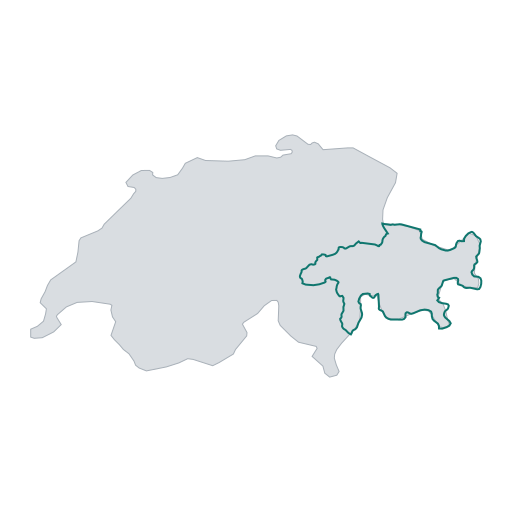 location of Graubünden within Switzerland
{"feature_id": "CHE-170", "entity_name": "Graubünden", "entity_type": "Canton", "adm_level": 1, "iso_a3": "CHE", "parent_name": "Switzerland", "parent_adm1": "", "projection": "robinson", "projection_center": [9.485, 46.618], "detail": "fine", "context": "in_parent", "style": "outline", "palette": "teal", "viewbox_px": 512, "rotation_deg": 0, "n_neighbors": 0, "source": "natural_earth", "source_scale": "10m", "svg_char_len": 6882}
<svg xmlns="http://www.w3.org/2000/svg" viewBox="0 0 512 512"><path d="M387.0,166.2L390.0,167.8L397.1,173.3L395.5,182.7L387.3,197.7L383.0,209.9L382.6,219.3L383.4,223.7L384.8,223.6L392.6,224.3L396.6,224.3L409.0,226.8L419.1,230.5L421.0,234.4L422.3,239.2L434.2,245.7L447.9,249.9L452.5,248.6L469.3,233.3L475.9,235.9L479.9,244.0L479.7,248.3L475.1,264.5L474.4,273.2L478.4,278.9L478.9,283.4L477.7,287.5L471.0,287.8L461.9,285.6L454.2,278.6L448.4,279.5L443.3,281.3L440.8,287.9L438.5,295.8L439.2,300.2L442.9,303.6L445.7,310.8L447.7,320.1L449.3,324.4L447.6,326.3L442.8,327.6L438.8,326.3L431.9,315.2L428.6,310.9L423.1,310.2L413.4,312.9L398.6,319.1L392.6,319.1L387.5,317.8L382.7,312.5L378.7,302.3L377.4,295.9L374.5,296.1L365.0,294.3L360.6,296.8L360.6,307.3L359.7,320.3L354.9,328.7L341.6,343.2L336.7,349.6L334.7,354.1L334.3,358.1L336.3,364.9L339.1,371.5L336.8,375.2L329.7,377.1L324.8,373.2L322.9,366.1L312.1,356.4L317.1,348.4L316.2,346.4L298.5,342.2L290.9,336.1L280.2,325.4L278.2,320.8L278.8,305.8L278.2,302.2L276.8,300.4L271.6,300.5L264.3,305.7L257.6,313.5L243.9,322.2L242.4,324.1L247.0,332.6L246.7,335.9L235.5,349.5L233.4,354.0L219.2,362.5L212.7,365.7L193.1,359.4L187.7,358.7L178.9,362.9L166.4,366.9L146.4,370.9L139.1,368.0L135.6,365.2L134.0,361.1L129.0,353.8L123.4,349.5L119.5,344.8L114.4,339.7L111.0,335.4L115.7,321.7L112.5,316.9L110.9,310.0L111.9,305.3L110.1,304.2L92.1,301.5L77.1,302.4L66.4,306.9L57.5,314.6L56.4,316.2L56.9,317.6L61.2,324.6L53.7,331.9L42.3,337.7L34.2,338.3L30.7,337.1L30.7,329.2L37.4,326.3L43.5,321.2L45.6,313.9L46.4,308.8L40.2,302.7L41.1,298.9L45.1,291.7L47.5,285.4L50.7,279.9L63.3,270.9L75.9,261.9L77.9,252.3L79.1,240.7L80.9,237.9L97.8,230.9L102.0,228.1L104.2,224.2L117.6,211.1L130.9,198.2L133.6,193.8L135.8,191.3L135.8,189.2L134.2,187.5L128.0,186.5L125.9,182.4L132.8,175.0L141.3,170.5L149.5,170.4L152.8,172.5L152.6,174.9L156.1,177.6L162.3,178.4L170.0,177.5L177.7,174.8L182.5,168.2L185.3,163.3L197.3,157.6L205.5,160.5L228.3,161.2L244.8,159.7L255.3,155.9L268.1,155.9L276.8,158.0L278.3,157.7L280.7,157.2L283.0,155.1L291.2,153.7L292.3,152.0L291.9,150.3L290.5,149.4L280.5,150.3L276.7,148.9L275.7,145.8L278.9,140.4L286.3,135.9L292.6,134.9L297.0,136.0L308.0,144.3L310.6,144.5L312.1,143.0L314.4,142.2L318.2,143.8L322.4,148.9L323.1,149.7L347.6,147.9L353.1,147.9L369.7,156.9L387.0,166.2Z" fill="#d9dde1" stroke="#a8b0b8" stroke-width="1"/><path d="M357.0,327.2L356.1,328.4L355.0,329.4L353.8,329.9L352.7,330.6L352.1,331.8L351.6,333.2L350.9,334.4L348.5,333.0L347.7,332.2L345.6,330.0L343.9,329.0L343.3,328.5L342.5,327.4L342.2,326.7L342.0,326.1L342.3,324.5L342.2,323.9L342.2,323.4L341.1,321.6L340.3,319.9L340.2,319.2L340.2,318.7L341.1,317.9L341.5,317.1L341.6,316.5L341.5,315.7L341.4,314.9L341.6,314.0L343.1,311.5L343.5,310.7L343.4,306.9L343.8,305.9L344.1,304.7L344.3,304.2L344.3,303.6L343.8,302.8L343.4,301.9L343.2,300.9L343.4,299.5L343.5,298.5L343.5,297.8L342.3,295.9L340.8,296.1L340.4,296.3L340.1,296.4L339.4,296.1L338.3,294.7L337.3,293.2L337.0,292.6L336.7,291.9L336.1,289.5L336.2,289.2L336.3,288.7L336.5,288.0L336.7,286.5L336.9,285.7L337.2,284.8L337.5,284.1L338.3,282.9L338.5,282.4L338.4,282.0L338.1,281.7L336.8,280.7L335.7,280.2L335.0,279.9L334.5,279.7L331.1,279.4L330.6,278.7L330.3,278.1L330.2,277.4L329.9,277.2L329.4,277.3L328.5,277.9L327.6,278.1L326.8,278.4L326.1,278.7L325.4,279.6L325.2,280.2L325.3,280.8L325.5,281.2L325.6,281.6L325.4,282.0L324.4,282.6L319.3,284.3L313.4,285.2L305.7,284.6L302.4,283.3L302.7,281.6L302.5,280.6L302.0,279.1L301.7,278.7L301.3,278.4L300.9,278.3L300.5,278.0L300.2,277.6L300.0,277.1L299.9,276.4L300.0,275.7L300.7,273.8L301.4,272.4L301.6,271.7L301.6,271.2L301.6,270.9L301.6,270.5L301.9,270.0L302.6,269.5L304.2,268.9L305.2,268.7L306.2,268.2L308.6,265.6L309.5,264.7L311.3,264.2L312.8,264.6L313.2,264.7L314.7,264.4L315.0,264.2L315.4,263.8L315.3,262.6L315.4,262.2L316.2,261.0L317.2,260.0L317.3,259.0L317.2,257.5L317.5,257.2L318.3,257.0L319.0,256.8L319.6,256.2L320.8,255.7L321.9,254.4L323.9,254.5L325.0,254.8L325.5,254.9L325.6,255.2L325.9,256.1L326.3,256.3L327.2,256.3L332.7,254.8L335.0,253.9L336.4,252.8L337.1,251.9L337.6,251.1L337.9,250.4L338.2,249.9L338.5,249.6L338.6,249.1L338.6,248.2L338.7,247.7L338.9,247.4L339.6,247.1L340.6,247.0L342.2,247.1L343.2,247.4L343.9,247.8L344.4,248.4L345.2,248.6L346.2,248.4L349.6,246.4L351.0,246.1L352.9,246.1L353.7,245.8L354.3,245.5L356.0,243.5L358.7,241.4L360.3,243.0L360.7,243.0L361.2,243.0L361.6,242.8L375.0,244.5L377.0,245.4L378.2,246.1L378.9,246.2L379.2,246.1L379.5,245.0L380.7,244.7L382.1,242.7L382.3,242.0L382.4,241.4L382.4,240.8L382.7,239.3L383.2,238.3L383.9,237.3L384.4,236.7L385.3,236.1L385.6,235.6L386.0,234.4L386.5,234.0L387.0,233.7L387.8,233.5L387.2,232.6L384.2,228.1L383.1,226.1L382.3,224.0L382.3,223.5L384.6,224.1L387.9,224.5L390.7,224.9L392.7,224.4L394.6,224.8L399.8,224.2L401.5,224.4L420.3,229.5L420.2,230.9L420.6,231.2L421.2,231.2L421.6,231.6L421.6,232.3L421.2,233.5L420.9,236.4L420.6,237.8L420.8,238.9L422.0,240.5L424.5,242.1L435.2,245.1L439.1,248.2L441.3,249.3L445.6,250.5L447.0,250.5L447.7,250.6L450.3,249.9L454.6,248.0L455.7,246.8L455.9,245.8L456.0,244.8L456.5,243.2L458.0,241.0L459.6,240.7L461.5,241.2L464.0,241.1L464.1,238.7L465.8,235.9L468.3,233.4L471.2,232.0L471.7,231.9L472.3,232.0L472.8,232.3L473.9,233.3L476.0,236.1L479.4,238.4L480.3,239.3L480.8,241.4L479.6,245.7L479.8,248.3L479.3,252.3L479.0,253.5L478.4,254.2L476.2,256.5L476.4,258.3L477.1,260.2L477.4,261.9L476.2,263.4L474.5,264.4L474.1,265.5L474.2,266.9L474.0,268.7L473.0,270.2L472.0,271.1L471.5,272.2L472.3,274.6L474.2,276.4L478.4,276.8L480.5,278.3L481.3,280.7L481.2,283.9L480.4,287.0L479.8,287.9L479.1,289.0L477.2,289.3L470.1,287.7L466.6,288.0L465.3,287.8L464.2,287.3L463.5,286.8L463.0,286.1L462.2,285.6L458.1,284.3L457.7,283.0L458.2,280.4L458.0,279.0L456.4,277.9L453.8,277.9L444.4,280.3L443.4,280.7L443.0,281.6L441.7,285.7L440.9,286.6L438.8,288.5L437.9,289.6L437.8,290.5L437.8,293.2L437.3,294.6L437.5,295.7L437.7,296.6L438.2,297.3L439.1,297.8L437.3,300.4L438.9,302.1L441.8,303.1L446.3,303.8L448.0,304.4L448.8,305.8L448.0,308.5L447.3,309.4L445.2,311.0L444.5,312.2L444.0,313.9L443.9,315.0L444.3,316.1L445.2,317.5L449.4,321.1L450.7,323.3L449.3,325.7L446.6,327.2L442.3,328.6L439.0,328.5L438.9,325.7L437.9,323.6L433.9,320.6L432.5,318.9L431.8,316.1L431.8,313.7L431.1,311.6L428.6,310.2L426.5,309.8L424.6,309.6L420.2,310.3L413.5,313.2L411.5,313.8L410.2,313.6L407.7,312.3L406.7,312.3L405.6,313.3L405.4,314.8L405.5,316.2L405.5,317.2L404.0,319.0L402.1,319.6L390.6,319.5L388.3,318.8L386.1,317.5L384.9,316.0L382.9,311.5L382.0,310.9L379.8,309.9L379.0,309.2L378.8,308.5L379.0,306.6L378.4,294.7L378.1,293.9L377.3,294.1L375.7,295.1L375.0,295.9L374.6,296.8L374.2,297.5L373.1,297.9L372.3,297.6L369.8,295.5L369.7,294.0L367.7,293.5L362.8,294.0L360.9,295.6L359.2,298.6L358.4,301.6L359.3,303.3L360.7,304.1L360.9,305.3L360.6,306.9L360.6,308.7L362.0,313.1L362.1,314.7L361.5,317.5L358.5,322.7L357.0,327.2Z" fill="none" stroke="#0f766e" stroke-width="2"/></svg>